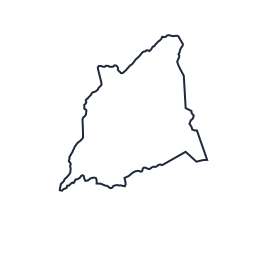 Érico Cardoso, Bahia, Brazil, rotated 59°
{"feature_id": "56859067B69191863496369", "entity_name": "Érico Cardoso", "entity_type": "district", "adm_level": 2, "iso_a3": "BRA", "parent_name": "Brazil", "parent_adm1": "Bahia", "projection": "orthographic", "projection_center": [-42.081, -13.425], "detail": "fine", "context": "isolated", "style": "outline", "palette": "slate", "viewbox_px": 256, "rotation_deg": 59, "n_neighbors": 0, "source": "geoboundaries", "source_scale": "gbopen_adm2", "svg_char_len": 2918}
<svg xmlns="http://www.w3.org/2000/svg" viewBox="0 0 256 256"><g transform="rotate(59 128 128)"><path d="M84.3,37.7L81.9,37.7L77.6,37.7L75.8,37.5L74.5,38.1L73.6,39.5L72.8,41.5L71.8,42.9L70.8,43.8L69.4,45.2L68.8,47.0L69.3,48.8L68.8,50.1L67.4,51.7L68.6,53.2L69.0,54.5L69.4,55.9L69.4,57.4L70.1,59.8L70.7,62.1L71.5,63.3L71.0,64.9L71.8,66.3L72.6,67.9L73.1,70.0L71.8,70.8L70.9,72.2L71.3,73.6L70.7,74.8L70.5,76.2L70.9,77.5L71.4,79.0L72.0,80.5L72.5,82.1L72.9,84.5L73.3,86.3L73.8,87.5L74.6,89.3L75.5,92.1L75.5,94.1L76.2,96.2L76.7,98.0L77.4,99.8L77.8,102.1L78.1,104.3L77.3,105.8L76.0,105.9L74.5,106.5L72.8,106.6L71.2,105.6L69.4,105.6L68.0,106.3L67.3,107.4L67.8,109.2L67.1,110.5L66.2,112.1L64.7,112.9L63.3,114.8L63.5,116.6L62.6,117.9L61.0,119.1L59.9,120.9L60.4,122.6L62.7,123.6L70.7,126.0L74.1,127.1L76.0,127.7L77.5,128.7L78.6,132.8L79.7,134.4L79.9,136.9L79.7,138.6L79.2,140.0L79.8,141.6L80.7,143.1L81.1,144.8L81.4,146.2L82.0,147.5L82.0,148.9L82.7,150.1L84.4,150.4L85.3,151.8L85.6,153.6L87.4,154.5L88.6,155.4L89.8,155.2L90.9,154.5L92.0,154.9L93.4,156.1L94.7,156.9L95.3,158.1L95.7,159.4L95.9,160.9L96.7,162.0L97.7,162.9L100.2,164.2L105.3,167.0L107.0,168.0L113.0,171.4L113.7,173.0L114.3,174.8L114.6,176.9L114.8,179.0L115.7,181.2L116.8,183.6L118.2,185.4L119.1,186.8L120.0,188.1L121.0,190.0L121.8,191.4L122.8,193.3L124.1,193.8L124.9,194.8L126.0,195.9L127.8,195.4L129.5,195.7L130.5,197.0L132.3,197.7L133.7,198.3L135.0,199.4L136.6,200.5L137.4,202.1L138.0,203.8L138.7,205.9L139.2,208.6L140.4,210.3L140.9,211.6L141.1,212.9L141.5,214.5L142.8,215.5L144.1,216.9L146.2,218.5L147.8,216.8L147.2,215.0L147.5,213.2L147.7,211.4L146.1,209.8L147.0,208.3L146.3,205.8L146.1,203.8L147.2,203.0L146.2,201.0L145.1,199.5L145.7,198.2L145.9,196.6L145.9,195.2L145.5,194.0L144.9,192.7L145.1,191.2L146.5,190.6L147.9,191.3L149.6,191.6L151.3,191.8L152.3,189.6L152.1,187.7L151.9,186.3L152.4,184.0L153.3,182.3L154.5,181.3L156.2,181.6L157.9,182.5L159.4,183.5L160.5,181.9L161.6,180.2L162.8,179.2L164.0,178.4L165.8,177.0L167.1,175.6L168.6,174.9L170.1,174.4L171.0,172.9L170.8,171.6L170.1,170.4L170.4,169.1L171.0,167.4L171.7,166.2L172.8,165.2L173.4,163.7L174.9,162.4L176.3,160.7L174.9,158.9L173.3,158.2L172.0,157.7L169.0,156.7L169.3,154.2L169.5,152.7L169.4,151.0L168.9,148.6L168.7,146.3L169.0,143.7L169.7,141.8L170.6,140.6L171.7,139.9L172.4,138.4L171.3,137.0L170.3,136.1L170.2,134.6L171.1,133.4L173.2,132.0L174.3,130.6L174.1,128.6L174.0,127.1L174.5,125.7L175.4,124.8L175.7,123.4L175.5,121.9L175.4,120.6L175.9,119.1L177.4,118.0L178.1,90.9L181.0,90.0L192.1,86.7L194.2,80.1L196.1,76.6L165.6,70.2L164.3,72.2L162.4,73.7L159.9,73.0L158.0,73.0L156.1,73.2L155.0,71.7L153.8,70.4L153.5,68.2L152.7,66.7L151.0,65.2L149.5,65.6L147.8,65.7L146.1,64.9L140.6,68.3L112.0,53.3L106.3,53.0L100.8,52.6L98.4,52.1L96.5,51.7L95.6,50.5L94.6,49.2L93.7,47.7L92.2,46.7L90.7,46.7L90.1,45.2L88.3,43.5L87.1,42.0L86.3,40.4L85.7,38.9L84.3,37.7Z" fill="none" stroke="#1e293b" stroke-width="2"/></g></svg>